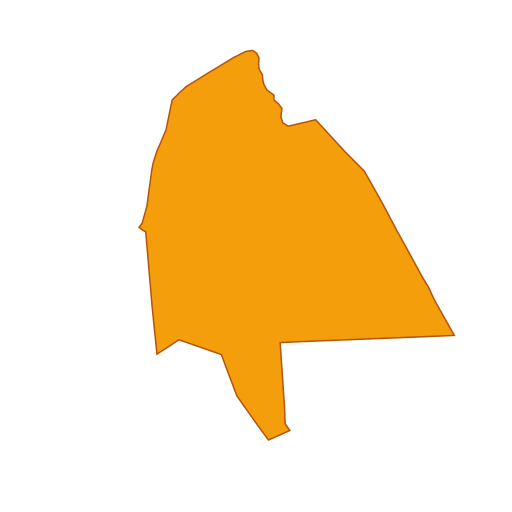 the district of Geminiano, Piauí, Brazil, rotated 55°
{"feature_id": "56859067B90683897163766", "entity_name": "Geminiano", "entity_type": "district", "adm_level": 2, "iso_a3": "BRA", "parent_name": "Brazil", "parent_adm1": "Piauí", "projection": "orthographic", "projection_center": [-41.357, -7.203], "detail": "fine", "context": "isolated", "style": "filled", "palette": "amber", "viewbox_px": 512, "rotation_deg": 55, "n_neighbors": 0, "source": "geoboundaries", "source_scale": "gbopen_adm2", "svg_char_len": 950}
<svg xmlns="http://www.w3.org/2000/svg" viewBox="0 0 512 512"><g transform="rotate(55 256 256)"><path d="M165.4,335.3L169.5,334.1L173.0,332.5L238.2,370.3L279.6,393.4L280.1,378.7L280.4,367.2L316.9,340.9L334.4,345.5L359.8,351.9L370.9,351.9L397.5,351.7L413.9,351.3L418.3,328.4L410.2,328.4L397.4,320.1L393.5,317.7L384.7,312.4L340.8,285.9L348.9,273.0L418.7,164.3L434.8,139.1L398.3,135.5L391.3,134.6L381.2,132.7L368.3,131.8L332.6,127.8L318.0,126.3L284.4,122.1L248.6,118.6L221.6,123.3L178.6,129.0L169.9,150.8L168.1,155.2L162.3,157.6L156.3,155.8L150.1,150.2L144.6,150.3L138.3,151.8L134.5,149.0L126.6,151.8L120.5,151.2L116.6,149.9L111.2,146.9L104.2,146.1L100.1,143.6L95.2,139.8L90.2,139.2L85.7,140.8L82.6,147.0L80.6,160.4L79.8,172.2L79.4,179.6L78.7,188.6L77.2,216.4L78.5,225.9L79.3,229.9L80.0,235.1L101.1,257.4L108.6,269.3L112.7,276.3L121.4,287.6L126.7,292.9L152.7,316.9L163.8,330.4L165.4,335.3Z" fill="#f59e0b" stroke="#b45309" stroke-width="1.5"/></g></svg>